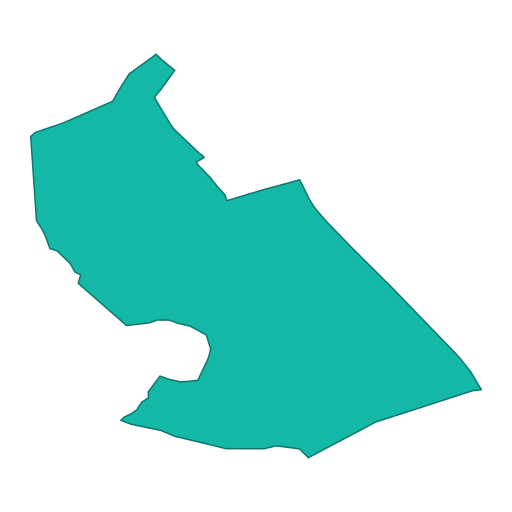 Kesm Awal Assuit, Asyut, Egypt
{"feature_id": "37247803B33059704038679", "entity_name": "Kesm Awal Assuit", "entity_type": "district", "adm_level": 2, "iso_a3": "EGY", "parent_name": "Egypt", "parent_adm1": "Asyut", "projection": "orthographic", "projection_center": [31.152, 27.186], "detail": "fine", "context": "isolated", "style": "filled", "palette": "teal", "viewbox_px": 512, "rotation_deg": 0, "n_neighbors": 0, "source": "geoboundaries", "source_scale": "gbopen_adm2", "svg_char_len": 1738}
<svg xmlns="http://www.w3.org/2000/svg" viewBox="0 0 512 512"><path d="M121.0,420.3L131.1,424.3L160.6,430.4L175.4,436.5L213.8,445.6L225.7,448.6L243.4,448.7L256.5,448.7L264.1,448.8L268.4,447.7L276.0,445.8L299.6,448.9L308.3,457.7L334.8,443.7L375.8,422.0L426.9,405.5L469.4,391.7L472.6,390.7L481.3,389.7L470.9,372.1L459.6,357.8L452.2,349.9L435.5,332.7L405.4,301.5L391.9,287.6L371.9,267.7L351.5,247.4L327.3,222.4L317.9,211.7L313.6,206.2L309.0,198.8L303.3,186.9L299.7,179.8L274.4,186.7L261.9,190.1L226.8,200.7L225.4,196.1L225.1,195.4L224.8,194.7L223.7,193.5L219.0,188.5L217.8,187.1L217.5,186.7L212.5,180.4L210.7,178.0L208.8,176.1L205.7,172.9L202.1,169.1L198.1,165.1L196.4,162.0L196.5,161.9L202.4,158.6L204.1,157.4L203.8,157.0L203.4,156.6L202.3,155.3L201.7,155.0L201.0,154.7L197.7,151.8L187.9,142.4L180.3,135.2L174.8,130.0L173.0,128.0L170.0,123.5L168.6,121.1L166.1,117.0L164.9,115.1L159.7,106.5L156.3,100.7L155.5,99.2L155.2,98.5L154.7,97.8L154.8,97.2L155.0,96.8L156.7,94.7L158.1,92.8L160.0,90.6L162.0,88.0L167.5,80.3L169.8,77.2L173.1,72.6L174.8,70.4L174.2,69.9L173.9,69.6L166.6,63.8L163.7,61.3L161.7,59.7L156.1,54.3L129.2,73.9L119.5,89.1L112.7,101.2L63.1,123.0L35.4,132.4L30.7,136.5L36.5,220.8L41.6,228.5L45.4,236.1L47.6,242.1L49.9,248.6L57.1,250.8L63.1,256.7L67.8,261.2L70.6,264.1L72.2,267.0L74.8,271.9L80.7,274.9L79.9,277.6L78.2,283.3L126.5,325.5L139.9,324.0L148.6,323.0L157.5,320.0L169.3,320.1L178.1,323.4L181.3,324.1L190.0,326.1L195.9,329.3L206.4,335.0L208.2,341.0L210.6,348.7L209.1,355.8L207.9,359.1L203.8,367.7L197.8,380.3L188.1,381.3L181.3,381.9L169.4,379.4L160.0,376.1L154.8,383.1L153.3,385.1L148.3,391.8L148.4,397.8L141.6,402.3L136.8,409.8L132.2,413.2L124.0,417.2L121.0,420.3Z" fill="#14b8a6" stroke="#0f766e" stroke-width="1.5"/></svg>